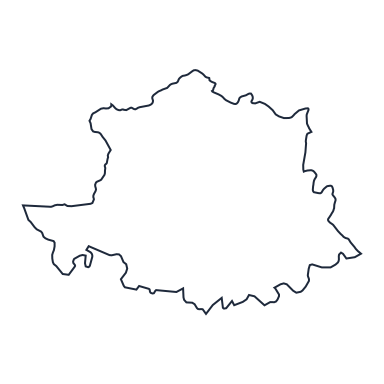 the Autonomous Community of Cáceres
{"feature_id": "ESP-5811", "entity_name": "Cáceres", "entity_type": "Autonomous Community", "adm_level": 1, "iso_a3": "ESP", "parent_name": "Spain", "parent_adm1": "", "projection": "mercator", "projection_center": [-6.162, 39.756], "detail": "fine", "context": "isolated", "style": "outline", "palette": "slate", "viewbox_px": 384, "rotation_deg": 0, "n_neighbors": 0, "source": "natural_earth", "source_scale": "10m", "svg_char_len": 4805}
<svg xmlns="http://www.w3.org/2000/svg" viewBox="0 0 384 384"><path d="M62.7,274.0L56.3,266.1L53.8,264.1L52.9,262.2L52.3,258.6L52.2,254.9L52.9,252.6L53.9,250.1L54.6,246.3L54.6,242.7L53.6,241.1L48.2,239.6L45.4,238.3L43.5,236.7L42.2,233.0L41.1,231.6L36.7,229.3L34.6,227.2L30.7,222.0L28.4,219.9L24.2,208.2L23.2,205.9L23.0,205.4L51.0,206.8L52.7,206.3L54.8,205.3L57.3,204.8L62.4,205.0L64.6,204.3L67.4,206.0L71.5,206.2L90.5,203.8L92.4,203.0L93.9,199.4L93.7,198.2L93.3,197.1L93.4,195.5L94.0,193.9L95.5,191.2L96.0,189.6L95.8,188.2L95.3,186.6L95.1,184.8L96.0,182.5L97.0,181.7L100.0,180.4L101.2,179.7L104.5,174.8L104.9,173.2L105.0,170.3L105.2,168.9L105.3,168.0L104.8,166.3L104.8,165.4L105.2,164.6L106.4,163.6L106.8,163.0L107.6,158.8L108.1,157.3L107.8,155.5L108.4,153.7L110.7,150.0L105.5,140.5L102.6,136.9L100.8,134.1L99.5,132.9L98.1,132.3L94.6,131.9L93.1,131.4L91.5,129.1L90.6,123.3L89.5,120.8L90.6,118.9L91.9,114.9L93.1,113.4L95.4,112.3L101.0,108.7L102.6,108.4L103.5,108.2L106.0,108.5L108.5,108.3L110.9,106.6L111.3,105.6L111.3,104.3L112.9,105.5L115.3,108.2L116.5,109.2L117.8,109.8L119.1,110.2L120.4,110.2L121.7,109.6L122.9,109.4L123.9,109.8L126.3,110.1L130.5,107.8L131.6,107.7L134.1,109.1L135.4,109.3L136.8,108.6L138.0,107.8L139.7,107.2L148.8,105.5L150.6,104.7L151.7,103.9L152.5,102.9L152.9,101.8L153.0,100.6L152.3,98.3L152.3,97.1L152.9,96.0L153.7,95.0L157.8,91.9L158.8,91.3L161.4,90.2L162.4,89.6L167.2,87.9L170.0,84.9L171.1,84.2L172.4,83.7L176.3,82.9L177.5,82.0L178.2,80.8L178.6,79.6L179.2,78.6L180.2,77.6L181.3,76.7L182.6,75.9L184.9,75.5L186.6,75.0L188.2,74.3L192.6,71.0L193.8,70.3L195.5,70.1L197.7,70.6L202.1,73.4L203.4,74.5L205.5,76.8L206.7,77.4L209.2,78.0L209.4,79.1L209.5,80.2L210.5,81.1L212.1,82.0L214.8,83.0L215.5,83.7L215.5,84.4L214.7,85.7L214.7,86.4L214.3,87.0L213.8,87.7L213.5,88.4L213.2,89.7L212.9,90.4L212.0,91.0L212.4,91.6L214.1,92.5L218.6,94.4L221.5,96.0L223.2,97.5L224.3,98.8L226.0,100.2L230.7,102.6L234.1,103.9L235.8,104.0L236.9,103.4L237.8,102.4L238.4,101.3L238.9,100.0L239.2,98.8L239.7,97.8L240.6,97.1L241.6,96.5L245.9,95.3L248.6,93.8L249.8,93.5L251.0,93.6L252.2,95.4L252.7,96.8L252.8,98.2L252.5,99.4L251.4,101.4L251.6,102.4L252.4,103.1L255.2,103.4L259.7,101.8L264.9,103.9L268.6,106.5L272.7,110.2L275.7,114.4L279.0,116.4L284.0,118.1L289.0,118.0L289.8,117.8L290.9,117.5L291.9,117.0L293.7,115.2L294.6,114.1L299.0,110.4L305.5,108.5L307.9,108.3L308.5,109.0L308.5,110.0L307.1,113.5L306.7,114.7L306.6,116.0L307.0,123.6L308.0,125.9L308.6,127.0L309.1,128.2L311.4,131.9L307.5,133.7L307.1,134.3L306.6,135.7L305.9,140.0L305.8,141.7L306.1,143.3L305.4,152.4L303.2,164.9L303.3,169.5L303.8,171.6L305.0,171.1L307.5,170.5L311.1,170.2L312.2,170.5L313.3,171.0L314.2,171.8L315.0,172.8L315.8,173.8L316.4,174.8L316.4,176.0L316.0,177.1L314.6,179.3L314.0,180.7L313.6,182.7L313.4,184.7L313.1,186.3L312.8,190.0L313.2,191.4L313.9,192.2L318.3,193.1L320.1,193.3L320.9,193.0L321.6,192.4L323.0,190.0L324.1,188.7L326.8,186.4L327.6,186.1L330.2,185.7L331.0,185.8L332.0,186.4L332.6,187.8L333.2,190.0L333.2,191.6L332.4,194.1L332.8,195.1L334.5,197.2L335.4,198.6L335.6,200.0L335.3,201.2L334.9,202.4L334.3,204.7L334.1,208.3L333.7,209.3L333.4,210.5L332.9,211.6L331.6,213.6L331.0,214.8L330.3,215.8L329.6,216.9L328.2,218.9L328.0,219.9L328.4,220.9L329.2,221.8L330.1,222.7L332.2,224.1L333.2,224.9L337.9,231.0L340.7,234.0L342.5,235.6L343.5,236.8L345.5,238.0L347.8,238.6L348.7,239.3L350.6,242.4L354.4,246.9L355.8,248.9L357.5,250.7L358.1,251.3L359.5,252.4L361.0,253.7L354.8,257.2L346.4,258.5L343.0,253.8L341.0,252.6L339.1,254.5L338.8,256.1L338.9,259.5L338.6,261.1L337.9,262.5L335.5,264.6L330.6,267.4L321.8,267.4L312.2,264.4L309.8,265.1L308.7,268.8L307.8,275.3L308.0,276.4L308.8,278.5L309.0,279.6L308.9,281.0L305.7,286.6L302.5,290.5L300.7,291.8L296.3,292.7L293.1,290.7L286.8,284.3L283.7,283.4L280.5,284.3L274.5,287.7L275.2,288.3L279.0,294.5L279.0,296.2L277.5,299.6L276.0,301.5L274.3,302.2L270.2,302.1L264.5,305.3L254.5,296.3L249.0,295.0L246.6,299.3L242.8,301.9L234.2,305.2L232.0,301.0L226.2,308.2L224.0,308.6L223.3,308.2L222.9,307.7L221.7,297.9L212.8,305.0L206.0,313.9L202.7,309.3L201.9,309.1L199.0,309.2L197.8,308.9L196.9,308.0L194.6,304.2L192.2,302.7L186.4,302.4L184.1,299.8L183.5,297.4L183.1,288.4L176.4,292.0L156.1,290.1L155.2,291.0L153.9,293.2L152.7,293.5L151.3,293.1L150.6,292.7L150.1,292.0L149.9,291.3L149.7,289.8L149.4,289.2L148.7,288.8L139.1,286.0L136.4,289.6L124.9,287.3L123.8,285.9L120.9,279.2L125.9,272.7L127.2,268.6L126.2,264.2L123.5,262.1L121.0,256.2L119.0,254.4L116.6,254.2L111.6,255.3L109.5,255.1L88.7,246.2L86.4,249.9L90.6,252.3L91.4,253.2L92.0,254.2L92.3,255.4L92.3,256.8L89.9,265.6L89.3,266.6L88.2,267.2L85.7,266.4L85.0,263.2L85.7,255.6L82.6,255.0L79.8,255.7L74.3,258.8L73.9,259.3L73.2,261.2L73.1,261.8L73.4,263.1L74.8,264.8L75.1,265.9L74.7,266.7L68.7,274.8L62.7,274.0Z" fill="none" stroke="#1e293b" stroke-width="2"/></svg>